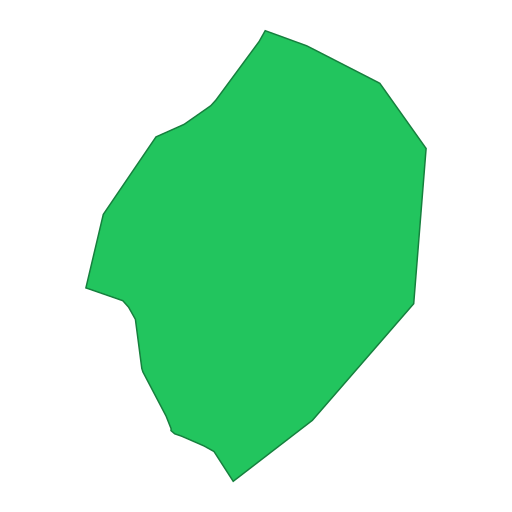 Saint Philip, Robinson projection
{"feature_id": "BRB-1998", "entity_name": "Saint Philip", "entity_type": "Parish", "adm_level": 1, "iso_a3": "BRB", "parent_name": "Barbados", "parent_adm1": "", "projection": "robinson", "projection_center": [-59.481, 13.137], "detail": "fine", "context": "isolated", "style": "filled", "palette": "green", "viewbox_px": 512, "rotation_deg": 0, "n_neighbors": 0, "source": "natural_earth", "source_scale": "10m", "svg_char_len": 450}
<svg xmlns="http://www.w3.org/2000/svg" viewBox="0 0 512 512"><path d="M265.2,30.7L306.9,45.9L379.8,83.3L426.1,148.5L413.7,303.7L312.4,420.3L233.2,481.3L214.0,451.5L203.9,445.9L181.4,436.1L174.7,433.8L171.0,430.6L171.1,428.7L166.1,416.1L142.9,371.9L141.8,368.4L135.4,319.3L128.6,307.2L122.8,300.7L85.9,287.9L103.3,214.4L156.0,136.9L184.2,124.3L210.8,105.7L215.9,100.1L259.2,41.4L265.2,30.7Z" fill="#22c55e" stroke="#15803d" stroke-width="1.5"/></svg>